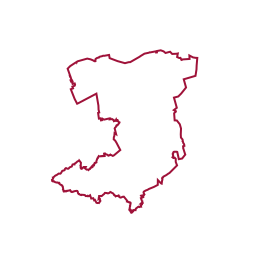 San Felipe, Guanajuato, Mexico (Albers equal-area conic projection), rotated 339°
{"feature_id": "50627088B95947511584751", "entity_name": "San Felipe", "entity_type": "district", "adm_level": 2, "iso_a3": "MEX", "parent_name": "Mexico", "parent_adm1": "Guanajuato", "projection": "albers", "projection_center": [-101.374, 21.488], "detail": "fine", "context": "isolated", "style": "outline", "palette": "rose", "viewbox_px": 256, "rotation_deg": 339, "n_neighbors": 0, "source": "geoboundaries", "source_scale": "gbopen_adm2", "svg_char_len": 5776}
<svg xmlns="http://www.w3.org/2000/svg" viewBox="0 0 256 256"><g transform="rotate(339 128 128)"><path d="M174.2,164.9L174.5,163.8L174.5,162.7L174.2,161.7L174.4,160.7L174.2,159.9L174.5,159.7L174.8,158.3L174.0,155.9L175.0,152.8L177.3,147.5L177.7,143.1L176.3,138.5L174.3,137.6L176.3,130.9L176.8,130.5L178.5,129.9L178.7,129.5L177.2,127.7L180.8,126.6L181.8,116.1L186.2,116.6L190.0,114.9L196.7,111.0L197.5,102.5L209.7,103.5L212.9,97.9L214.5,94.2L217.8,87.4L216.4,86.8L214.0,85.4L211.3,82.3L210.2,85.6L203.4,83.5L203.1,83.7L202.3,83.6L202.1,81.3L201.1,81.1L200.2,80.4L200.1,80.1L199.3,79.3L201.2,76.3L200.0,76.1L195.8,74.7L194.6,71.9L189.9,71.4L188.7,69.2L186.4,67.2L182.6,66.5L182.1,67.8L181.3,67.6L181.5,66.4L175.9,65.4L175.3,65.1L174.5,65.2L170.0,64.5L165.1,65.4L164.6,65.6L153.7,67.3L152.2,66.8L148.4,66.4L142.2,61.8L135.9,56.2L136.5,53.0L131.8,52.1L130.6,51.6L130.0,51.7L126.9,51.3L126.5,51.4L126.1,51.8L124.4,51.5L123.9,51.6L123.5,51.8L122.8,51.8L122.4,52.0L122.0,52.6L121.6,53.9L121.1,53.9L120.5,53.5L119.6,52.3L117.7,50.5L114.8,48.6L105.1,47.7L104.1,47.8L103.8,48.1L103.8,47.9L100.8,48.5L96.2,49.5L92.9,51.0L92.7,58.2L92.4,58.2L92.3,59.3L92.7,59.4L92.5,62.8L91.5,62.8L91.5,64.2L92.2,64.2L92.2,63.8L92.9,63.8L92.9,64.8L92.2,64.7L92.1,67.0L94.2,67.3L94.1,68.6L93.4,69.4L90.9,69.4L90.9,71.3L88.5,71.3L88.6,81.7L89.2,87.1L90.7,87.0L110.8,84.6L108.4,96.5L107.1,100.3L106.7,103.2L105.5,103.2L104.2,108.8L105.8,109.1L105.5,111.2L106.6,111.4L107.5,110.2L108.6,111.6L114.3,112.4L114.7,112.6L114.1,113.4L116.4,114.0L116.7,114.7L117.5,115.2L117.3,116.1L117.3,116.6L118.0,116.6L119.0,116.9L119.1,116.6L120.0,115.8L120.0,116.3L120.9,116.7L120.6,117.2L120.5,117.7L121.3,118.1L121.4,119.0L122.1,119.7L122.0,119.9L119.5,121.5L119.2,121.5L119.0,121.3L118.6,121.4L118.4,121.4L118.2,121.8L117.8,121.9L117.8,122.2L117.3,122.4L116.8,122.8L116.0,123.1L115.4,123.6L114.7,129.5L113.6,128.0L112.4,130.5L111.5,131.5L110.6,133.5L111.6,135.3L111.6,136.0L111.9,137.1L112.9,145.8L105.0,148.5L103.8,148.6L102.6,147.2L102.4,147.2L102.0,147.0L101.9,146.5L100.1,146.9L99.7,146.8L99.3,145.7L98.1,144.8L98.0,144.5L97.3,143.9L97.4,143.6L96.8,143.3L96.5,143.3L96.1,145.8L92.9,144.8L93.1,144.7L90.6,144.1L90.5,143.9L90.0,144.4L89.2,144.7L89.0,145.4L88.2,145.7L86.4,147.9L86.2,148.8L84.5,149.0L84.3,148.8L83.1,150.4L82.8,150.0L82.9,149.8L80.9,150.7L81.2,151.5L80.6,151.7L80.2,151.1L79.8,151.3L79.6,151.8L79.2,151.9L79.5,151.5L77.9,152.2L77.8,152.6L76.4,152.8L76.1,153.0L75.9,152.5L74.4,152.0L73.3,150.0L73.7,150.1L74.6,149.3L72.6,148.5L70.4,149.5L69.8,149.4L69.5,148.2L70.2,147.7L70.0,147.1L70.2,146.7L70.1,146.2L70.5,146.0L70.6,145.5L70.9,145.1L71.6,143.5L70.8,140.8L70.6,141.0L68.8,141.1L66.5,142.0L65.5,142.1L65.0,142.8L64.5,142.4L63.2,142.2L61.7,143.8L59.7,143.8L59.1,144.0L58.2,144.5L57.4,144.6L56.2,143.8L55.9,143.3L55.7,143.2L54.7,143.5L53.9,144.2L53.7,144.6L52.7,144.7L52.1,144.5L51.2,144.5L49.5,145.9L48.6,146.4L48.2,146.3L47.0,145.7L44.3,146.4L43.6,146.3L42.7,146.5L41.9,146.9L40.8,147.2L40.5,147.6L40.2,147.5L40.2,147.9L39.9,148.4L39.1,149.0L38.6,149.1L38.6,149.3L38.4,149.5L38.2,150.2L38.6,150.7L38.9,150.3L39.1,151.0L39.7,151.1L40.5,152.4L41.9,153.4L42.5,153.5L43.0,154.0L43.3,154.1L43.5,154.8L43.9,155.0L44.2,154.9L44.2,155.9L44.7,156.8L45.5,157.3L45.5,157.8L46.0,158.3L45.9,158.9L46.1,159.4L45.9,159.7L45.9,160.4L45.6,161.8L45.2,162.2L45.5,163.0L45.2,164.1L45.4,164.4L45.8,164.2L46.7,164.2L47.3,165.0L47.8,165.0L48.3,164.7L48.7,164.8L48.7,165.0L51.7,165.3L51.9,166.2L51.8,166.7L52.4,167.5L52.8,167.7L53.1,167.5L53.6,167.8L54.5,167.9L54.9,167.7L57.3,168.2L57.9,168.5L58.1,168.6L58.3,169.5L58.0,170.6L58.1,171.5L58.4,172.1L58.8,172.2L58.8,172.5L60.0,173.7L60.5,173.9L60.8,173.7L63.1,174.8L63.9,175.5L63.9,175.9L64.1,176.4L65.9,177.1L66.1,177.0L66.2,177.4L67.1,177.6L68.5,177.2L68.4,180.7L70.4,181.1L70.5,183.4L71.4,183.3L71.7,186.4L72.1,186.8L72.5,187.1L73.7,187.3L74.0,187.6L76.1,186.2L76.0,185.5L76.1,185.2L75.8,184.9L75.8,184.6L76.4,183.8L76.2,183.3L75.2,183.6L76.1,182.0L76.6,181.7L76.7,181.2L78.6,181.8L78.9,182.1L79.8,181.9L80.8,181.4L82.0,181.1L83.2,180.3L85.1,181.2L85.3,181.6L86.0,181.9L87.2,181.9L88.5,181.4L88.8,181.8L89.1,181.9L89.4,182.4L90.6,183.7L90.9,184.6L91.0,185.6L91.4,185.7L91.9,187.4L92.8,187.3L93.7,187.7L95.0,187.6L95.0,188.5L95.4,188.7L95.2,189.3L95.6,189.9L96.3,190.4L98.2,190.3L99.0,190.4L99.3,190.8L99.6,190.8L101.2,195.8L100.7,196.3L101.9,197.4L102.4,197.5L102.6,198.1L103.5,198.4L103.6,199.0L102.4,200.9L102.0,201.2L102.0,201.7L101.3,202.6L100.6,203.9L100.2,204.3L100.6,204.8L101.0,204.9L101.1,205.1L100.9,205.4L100.9,205.7L100.3,205.8L100.5,206.1L100.4,206.3L100.7,206.7L100.5,207.4L100.7,208.3L101.5,208.3L101.8,208.0L102.3,207.9L102.7,207.6L102.4,207.3L102.6,206.9L103.3,207.4L103.5,207.2L103.3,207.1L103.6,206.6L104.2,206.7L105.6,207.4L106.4,206.1L109.0,205.3L109.6,205.2L110.3,205.9L111.5,205.9L112.0,206.1L112.1,205.1L112.5,205.0L113.0,204.5L113.7,204.3L114.1,203.5L113.4,203.9L113.2,203.6L112.7,203.3L113.7,202.9L114.9,203.1L114.9,198.1L118.3,198.0L117.7,197.7L117.5,197.4L116.9,197.2L116.1,196.5L116.0,195.9L117.6,196.1L118.3,196.5L118.7,196.5L119.0,196.1L119.5,195.9L119.3,194.0L119.9,193.1L122.0,192.7L124.2,192.7L125.7,192.4L131.0,192.3L135.4,191.8L137.2,187.3L139.0,191.5L139.5,192.0L141.1,189.1L141.6,188.7L141.7,187.9L141.7,187.4L142.2,186.7L142.9,186.8L143.5,186.1L146.8,185.7L149.5,185.0L150.5,184.9L160.4,180.5L160.4,176.8L161.5,173.9L160.9,172.3L160.6,172.1L160.0,172.4L159.6,172.3L159.1,171.3L159.5,171.2L160.0,170.5L160.3,169.9L160.2,169.6L160.4,169.0L160.4,168.5L160.6,168.5L161.0,168.2L161.1,167.5L161.5,167.1L161.8,167.0L162.0,166.7L162.6,166.7L165.1,167.7L165.4,168.0L164.3,175.3L167.6,175.9L171.3,173.7L171.9,173.4L172.3,166.9L172.3,166.5L172.6,166.1L172.7,165.2L173.0,164.7L174.2,164.9Z" fill="none" stroke="#9f1239" stroke-width="2"/></g></svg>